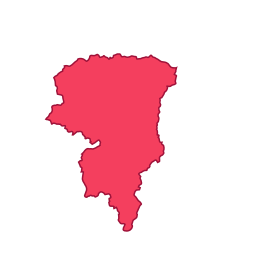 Con Cuong, Nghệ An, Vietnam, rotated 147°
{"feature_id": "81297802B27308287932068", "entity_name": "Con Cuong", "entity_type": "district", "adm_level": 2, "iso_a3": "VNM", "parent_name": "Vietnam", "parent_adm1": "Nghệ An", "projection": "albers", "projection_center": [104.863, 19.063], "detail": "fine", "context": "isolated", "style": "filled", "palette": "rose", "viewbox_px": 256, "rotation_deg": 147, "n_neighbors": 0, "source": "geoboundaries", "source_scale": "gbopen_adm2", "svg_char_len": 5861}
<svg xmlns="http://www.w3.org/2000/svg" viewBox="0 0 256 256"><g transform="rotate(147 128 128)"><path d="M196.6,98.4L201.1,95.0L201.3,94.7L201.4,94.1L201.3,93.5L200.7,92.7L200.0,92.4L198.6,92.5L197.6,92.0L196.5,92.0L195.8,91.8L195.6,91.5L195.1,90.6L193.4,89.5L193.1,88.1L192.8,87.9L190.6,87.6L189.4,88.0L188.4,89.1L186.0,89.4L185.0,88.8L184.3,87.8L183.7,86.8L183.5,84.7L180.0,83.3L179.8,83.0L179.7,82.3L179.4,81.8L179.3,81.5L179.7,80.6L180.0,79.4L180.7,78.9L182.0,79.2L182.3,79.1L183.1,77.6L183.2,76.6L184.3,76.2L184.6,76.0L185.6,73.5L185.6,73.0L185.5,72.2L183.1,70.5L182.6,69.9L182.6,69.6L183.4,68.8L183.6,68.1L182.3,67.9L181.4,67.9L181.0,67.8L181.0,67.7L181.2,65.8L181.8,64.4L181.5,62.4L181.6,61.5L182.3,60.5L182.7,60.4L183.0,60.6L184.3,58.1L185.1,57.0L186.1,56.3L186.4,55.5L186.2,52.2L185.7,51.4L185.2,51.0L183.7,50.1L183.1,49.2L183.0,48.9L184.1,48.0L186.1,46.8L187.3,45.5L187.4,44.9L187.3,44.5L186.9,43.8L185.4,42.5L184.2,41.8L182.2,41.3L181.5,41.4L179.9,41.7L179.2,42.1L178.1,42.9L177.5,43.9L177.5,44.9L177.3,45.2L175.9,46.2L174.6,47.4L173.7,47.9L170.7,48.0L169.8,48.2L169.0,48.6L167.3,50.5L167.3,51.5L166.9,52.1L160.3,56.4L158.4,56.8L158.2,57.0L158.1,58.6L158.4,60.2L158.9,61.2L159.0,64.0L159.0,65.8L159.5,67.8L159.3,68.7L158.7,69.3L156.7,70.9L154.8,71.4L152.0,70.0L150.3,71.3L150.8,72.2L151.4,72.8L151.2,73.0L150.0,73.8L147.5,73.8L146.8,74.3L146.5,74.8L145.8,76.6L145.2,79.5L143.8,80.4L144.1,83.2L144.0,83.5L143.8,83.8L143.2,83.9L142.3,83.9L141.8,83.9L140.8,83.5L139.6,83.7L137.6,83.4L137.2,83.3L135.4,82.3L135.2,82.3L134.3,83.1L133.4,83.5L132.6,83.5L131.8,83.3L131.4,83.4L130.4,84.1L130.4,84.6L129.8,85.1L127.6,86.0L125.9,86.4L125.0,86.2L123.2,86.3L122.1,86.0L121.9,85.5L121.8,85.0L121.9,83.0L120.1,82.8L119.7,82.9L119.3,83.4L117.9,85.8L117.5,86.2L117.0,86.5L115.8,86.8L113.8,86.6L112.7,86.9L111.6,87.5L110.9,89.4L109.6,90.4L109.1,91.1L108.5,92.0L107.8,93.7L107.8,94.5L108.3,95.4L108.4,96.1L108.2,96.8L107.3,97.5L108.1,97.9L108.7,98.6L108.8,99.0L108.7,99.8L107.5,102.8L107.8,103.3L107.8,103.7L107.5,104.0L106.5,104.4L106.2,104.7L106.1,105.2L106.2,105.5L107.2,106.2L107.1,106.5L105.9,108.0L105.2,109.3L104.8,110.4L104.8,111.4L103.8,112.0L102.8,114.1L101.9,114.4L101.7,114.7L101.4,115.7L100.9,116.3L99.1,116.9L97.1,118.9L96.5,120.1L96.3,121.6L95.4,122.9L94.7,123.4L93.0,123.9L92.5,124.6L92.4,126.0L91.3,128.0L90.9,128.4L89.5,128.6L89.0,128.8L88.0,129.7L87.5,132.0L85.9,133.8L85.3,135.4L84.4,135.4L83.2,135.1L82.7,135.3L79.7,136.7L78.0,138.0L75.5,138.4L73.9,139.4L72.9,140.3L72.7,140.6L72.6,141.7L72.5,141.8L70.4,140.2L69.7,139.9L67.5,139.9L65.3,139.2L63.8,139.2L63.5,139.5L63.0,141.2L62.8,141.6L60.2,144.3L59.0,145.3L58.9,145.8L59.7,147.2L59.9,147.8L57.2,149.3L56.6,150.2L54.6,152.1L54.8,152.1L57.4,153.9L58.2,154.7L58.9,155.7L59.2,157.8L59.3,159.6L59.4,160.2L59.9,161.2L60.3,162.0L61.2,163.1L63.7,165.3L64.3,166.2L65.7,169.6L66.6,171.1L67.2,172.5L68.2,173.6L68.6,174.3L68.8,175.8L69.1,176.5L69.8,176.5L72.1,176.1L72.5,176.2L73.0,176.5L74.2,177.8L75.6,178.1L77.9,179.0L79.4,179.2L82.6,180.8L82.9,181.0L82.9,181.4L82.4,182.9L82.4,183.3L82.7,183.7L83.7,184.5L85.5,186.3L86.2,186.6L86.9,186.6L88.2,186.9L89.9,187.6L90.5,188.1L91.9,189.9L94.0,190.9L94.3,191.1L94.5,191.7L94.4,194.0L94.7,194.6L96.7,195.9L98.8,196.2L100.6,196.7L101.9,195.4L102.3,195.3L103.7,195.5L104.0,195.7L104.4,196.8L104.6,196.9L104.9,196.8L105.4,196.1L105.7,196.0L106.5,196.1L107.0,198.2L108.3,199.9L108.8,201.7L109.0,201.8L110.1,201.6L112.4,202.2L113.1,202.6L113.1,203.7L113.0,204.4L113.1,205.3L113.7,206.4L113.9,206.5L116.3,206.8L117.4,207.4L119.3,208.9L120.0,209.1L120.5,209.1L121.1,208.7L122.1,207.7L123.2,207.1L124.3,206.6L126.2,206.5L126.5,206.7L127.5,209.3L128.1,210.4L129.4,211.7L131.0,212.7L132.4,213.1L133.8,212.3L136.6,212.2L140.5,211.5L142.8,211.5L143.8,211.9L144.8,213.0L145.8,213.9L146.8,214.4L147.6,214.7L147.9,213.7L148.5,213.2L150.8,212.7L151.9,211.3L153.7,211.6L156.8,211.5L158.5,210.8L161.1,211.0L162.8,210.6L163.1,208.6L163.4,207.7L163.8,206.5L165.6,203.2L165.6,202.7L165.2,202.3L165.1,201.7L165.1,201.0L165.5,200.0L165.7,199.6L167.3,198.3L167.6,197.8L168.7,194.8L166.0,192.1L165.5,191.3L165.4,190.8L165.5,190.0L166.3,188.5L167.4,185.4L167.9,184.6L168.2,184.2L168.7,184.1L169.9,184.4L170.8,183.9L171.6,183.8L172.2,183.8L174.7,186.1L176.3,186.4L177.4,187.2L177.8,187.3L179.1,187.6L179.8,187.5L180.5,187.0L181.0,185.6L181.4,184.9L181.9,184.0L182.7,183.3L183.9,182.6L185.8,182.5L188.3,181.0L190.8,180.6L192.1,180.1L191.5,179.3L190.2,178.3L189.9,177.5L189.3,177.3L189.1,176.4L189.5,174.0L189.8,173.4L189.8,172.9L189.3,172.7L188.4,172.8L187.4,172.3L186.3,171.1L185.5,169.9L184.4,169.4L183.8,168.7L182.8,168.1L182.6,167.6L182.6,167.0L182.3,165.9L181.9,165.5L179.6,164.3L179.5,164.1L179.5,163.7L179.7,163.4L181.1,162.1L180.0,160.5L179.9,160.1L179.9,159.4L180.4,158.5L180.2,157.5L179.9,156.9L179.4,156.6L177.0,155.7L176.8,155.4L176.6,154.7L176.7,154.0L176.8,153.8L178.3,152.5L177.8,152.1L172.7,152.7L171.3,151.8L170.2,151.3L169.3,150.5L169.0,150.1L168.9,148.9L169.6,147.1L169.1,146.4L169.1,145.0L168.8,143.8L169.6,142.7L169.6,142.4L169.2,142.0L167.7,141.8L166.9,141.2L166.1,140.3L165.8,139.3L166.7,137.7L166.6,136.9L167.5,136.9L167.7,136.7L167.6,136.2L167.0,134.9L166.9,133.9L164.0,133.7L159.9,134.0L159.3,133.9L159.0,133.7L158.8,133.4L158.8,131.1L160.0,129.9L160.6,129.2L160.8,128.7L161.5,128.8L162.4,128.6L163.6,128.9L166.1,128.9L168.8,129.5L169.6,130.1L170.4,130.8L171.7,131.5L172.4,132.2L173.4,132.8L174.5,132.9L175.4,132.8L176.7,132.5L178.5,131.8L181.0,131.3L180.6,130.6L181.2,130.0L181.5,129.6L182.0,129.5L183.4,128.5L183.6,126.9L183.8,126.5L184.3,125.9L184.6,125.9L185.8,126.6L188.0,126.3L188.6,122.7L189.0,121.4L188.4,120.0L188.5,119.5L190.0,117.7L190.1,117.3L191.1,116.7L189.5,115.6L189.4,115.4L192.8,111.6L194.0,110.1L194.2,109.6L194.7,107.8L194.8,105.3L195.0,103.4L195.0,101.9L195.5,100.1L196.6,98.4Z" fill="#f43f5e" stroke="#9f1239" stroke-width="1.5"/></g></svg>